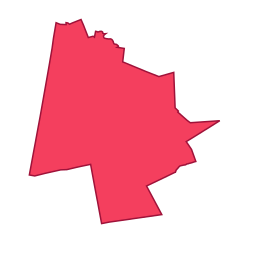 the district of Santa Cruz, Sonora, Mexico, rotated 280°
{"feature_id": "50627088B60654527748106", "entity_name": "Santa Cruz", "entity_type": "district", "adm_level": 2, "iso_a3": "MEX", "parent_name": "Mexico", "parent_adm1": "Sonora", "projection": "orthographic", "projection_center": [-110.513, 31.156], "detail": "fine", "context": "isolated", "style": "filled", "palette": "rose", "viewbox_px": 256, "rotation_deg": 280, "n_neighbors": 0, "source": "geoboundaries", "source_scale": "gbopen_adm2", "svg_char_len": 2670}
<svg xmlns="http://www.w3.org/2000/svg" viewBox="0 0 256 256"><g transform="rotate(280 128 128)"><path d="M48.6,176.3L74.1,156.3L87.2,174.6L92.7,182.2L92.7,182.3L92.8,182.3L93.0,182.4L93.2,182.5L93.3,182.5L93.5,182.5L93.9,182.6L94.1,182.6L94.4,182.6L94.6,182.6L94.9,182.8L95.1,182.8L95.3,183.0L95.8,183.3L96.5,183.7L97.1,184.1L97.6,184.4L97.9,184.5L98.3,184.8L98.7,185.0L99.0,185.2L99.2,185.3L99.3,185.4L99.4,185.6L99.5,185.7L99.6,185.8L99.7,186.0L99.8,186.1L100.0,186.5L100.1,186.8L100.3,187.2L100.5,187.7L100.8,188.5L101.0,188.9L101.2,189.4L101.3,189.9L101.5,190.3L101.6,190.5L101.6,190.8L101.7,191.0L101.8,191.1L101.9,191.3L102.0,191.4L102.1,191.5L102.4,191.7L102.5,191.9L102.7,192.0L102.8,192.2L102.8,192.3L103.0,192.6L103.0,192.8L103.0,193.0L103.2,193.3L103.2,193.5L103.3,193.6L103.5,193.8L103.6,194.1L103.7,194.3L103.8,194.5L104.1,195.1L104.2,195.3L104.3,195.7L104.4,195.9L104.7,196.5L104.9,196.8L105.0,197.1L105.1,197.3L105.2,197.5L105.4,197.8L105.5,198.0L105.7,198.3L106.3,199.5L106.5,199.9L106.8,200.6L117.9,194.3L124.7,187.7L137.3,201.8L139.7,204.4L139.7,204.5L146.5,212.0L151.1,217.1L146.6,198.9L144.0,188.4L145.9,184.7L152.3,174.3L153.4,174.7L156.0,170.9L189.7,163.6L190.7,163.4L184.0,149.5L186.7,136.1L192.2,111.3L205.7,110.5L205.6,103.4L205.9,103.8L206.1,104.2L206.7,104.4L207.1,104.2L207.4,103.9L207.5,103.6L207.7,103.2L207.9,103.0L208.1,102.6L208.3,102.3L208.3,102.0L208.4,101.6L208.3,101.0L208.3,100.5L208.4,99.9L208.6,99.5L209.0,99.2L209.9,98.7L210.6,98.4L211.1,98.0L211.3,97.8L211.7,97.5L212.0,97.2L212.2,96.9L212.5,96.4L212.6,96.1L212.7,95.4L212.7,94.9L212.5,94.3L212.4,93.9L212.3,93.4L212.3,93.1L212.3,92.4L212.2,91.5L212.3,90.6L212.3,90.1L212.3,89.7L212.3,89.2L212.7,88.7L213.0,88.4L213.4,88.2L214.0,88.0L214.4,87.9L215.0,88.1L215.4,88.4L215.8,88.6L216.1,88.8L216.4,89.1L216.6,89.3L216.8,89.4L217.0,89.6L216.9,89.2L216.8,88.9L216.6,88.3L216.6,88.0L216.7,87.7L216.8,87.4L216.9,87.1L216.9,86.9L217.0,86.7L217.7,86.5L218.1,86.3L218.3,86.0L218.5,85.5L218.6,85.0L218.5,84.5L218.4,84.0L218.4,83.7L218.0,83.0L217.7,82.5L217.5,82.1L217.4,81.6L217.3,81.3L217.4,81.0L217.6,80.7L217.6,79.3L211.6,79.2L212.3,77.7L210.2,73.2L221.7,66.2L226.7,62.9L221.7,54.8L220.0,52.3L220.5,51.6L221.0,50.5L221.0,48.7L219.1,49.1L218.3,43.2L219.2,38.9L203.5,39.0L193.4,39.4L176.1,39.5L174.7,39.5L155.7,39.5L133.6,39.5L124.1,39.5L113.8,39.4L99.6,39.3L98.4,39.3L89.5,39.2L64.6,39.0L64.6,42.1L64.6,44.5L68.9,54.1L75.1,69.0L76.4,75.0L80.2,83.8L82.3,88.9L85.7,97.5L65.0,105.2L51.7,110.2L50.8,110.6L49.4,111.1L45.9,112.4L29.3,118.6L30.0,120.5L32.1,125.9L37.0,141.0L38.8,146.5L39.5,148.5L47.5,173.0L47.8,173.9L48.6,176.3Z" fill="#f43f5e" stroke="#9f1239" stroke-width="1.5"/></g></svg>